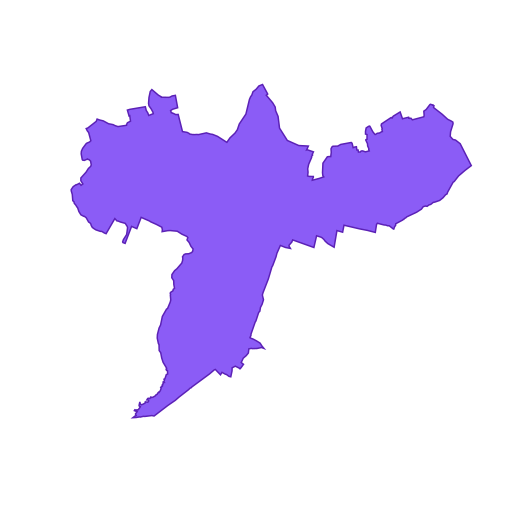 Bogdand, Satu Mare, Romania (orthographic projection), rotated 281°
{"feature_id": "2599482B86952368934963", "entity_name": "Bogdand", "entity_type": "district", "adm_level": 2, "iso_a3": "ROU", "parent_name": "Romania", "parent_adm1": "Satu Mare", "projection": "orthographic", "projection_center": [22.927, 47.421], "detail": "fine", "context": "isolated", "style": "filled", "palette": "violet", "viewbox_px": 512, "rotation_deg": 281, "n_neighbors": 0, "source": "geoboundaries", "source_scale": "gbopen_adm2", "svg_char_len": 6053}
<svg xmlns="http://www.w3.org/2000/svg" viewBox="0 0 512 512"><g transform="rotate(281 256 256)"><path d="M430.6,411.8L435.6,402.0L437.5,402.0L437.6,400.8L438.0,400.9L438.2,398.2L437.6,397.7L432.3,395.1L430.2,393.1L426.2,394.2L424.7,394.2L419.5,383.5L420.8,381.8L420.4,380.7L420.6,380.5L420.4,379.7L421.3,379.3L418.7,373.6L424.9,370.0L419.5,364.1L418.5,363.6L417.6,363.5L417.4,362.7L417.7,362.3L417.4,361.9L409.6,354.0L408.1,353.9L405.1,355.6L404.5,355.4L402.3,356.3L402.1,355.7L400.3,353.8L399.6,351.6L398.1,350.1L398.0,349.7L398.4,349.1L400.2,347.0L405.1,343.0L405.2,342.6L404.7,341.7L402.7,339.7L399.3,339.7L396.6,340.2L396.4,341.8L391.8,342.7L391.2,341.7L390.8,341.6L387.5,344.0L385.3,344.6L383.0,346.2L381.9,346.4L380.8,347.1L379.1,343.5L379.5,340.8L379.4,339.9L378.9,339.0L378.0,338.5L377.6,336.7L379.5,336.0L379.3,334.8L382.4,333.7L381.8,332.1L380.9,330.7L385.0,328.8L385.6,327.8L381.7,317.9L379.5,315.3L378.4,310.5L377.5,309.7L375.5,309.2L372.0,310.1L367.8,310.4L367.6,308.8L367.0,307.1L359.9,304.0L350.4,305.4L347.6,306.3L346.6,307.4L344.3,303.4L341.1,296.8L342.6,296.8L344.1,297.3L345.0,297.1L344.3,293.2L344.4,291.4L348.2,291.1L351.5,290.1L356.1,290.2L363.4,291.8L364.2,291.5L365.9,292.3L366.4,291.8L369.2,292.5L370.1,285.8L369.9,285.5L373.9,286.4L372.6,276.9L375.4,264.7L386.0,254.7L397.3,251.0L402.3,247.6L405.9,246.4L409.6,243.1L415.8,235.4L417.2,236.6L425.6,229.7L423.5,226.4L419.7,224.3L416.7,221.7L413.2,221.2L411.2,220.3L408.6,219.7L393.4,219.0L382.4,214.4L376.4,213.6L372.6,211.9L367.0,207.9L362.0,205.7L366.1,195.4L367.1,190.2L367.0,188.1L367.4,183.8L364.2,176.4L364.0,174.6L363.5,172.8L363.1,170.4L363.1,167.6L363.7,166.6L364.2,164.7L364.1,160.1L380.1,152.6L379.5,150.2L380.3,147.3L380.2,146.8L380.7,145.9L380.5,145.5L382.4,144.4L384.1,146.1L386.6,150.8L398.3,146.2L397.1,143.1L395.6,141.3L395.1,140.2L393.8,132.9L394.1,132.9L395.2,129.6L399.5,122.0L397.3,120.8L391.2,120.7L385.3,121.4L383.0,122.3L380.3,125.1L377.5,127.4L376.1,128.0L373.5,123.9L375.8,122.5L377.9,120.5L381.4,118.9L375.9,104.2L374.7,101.9L369.2,104.7L369.6,105.3L364.4,107.1L362.3,104.4L360.6,103.9L359.6,104.0L356.7,95.8L357.1,92.7L357.7,90.6L357.7,86.0L359.5,80.3L359.7,76.3L360.1,73.9L357.7,73.5L349.5,66.4L348.7,65.0L346.8,66.4L345.2,68.2L337.6,71.9L336.1,70.8L334.5,68.4L333.8,67.8L328.6,65.3L325.5,64.6L322.9,64.9L317.4,67.1L317.0,67.6L317.1,69.3L319.1,72.1L318.7,72.7L318.8,73.7L317.6,75.5L314.0,76.9L312.4,76.6L310.0,74.8L305.9,73.2L299.2,69.2L296.5,69.7L293.7,72.3L292.0,70.8L293.7,68.8L291.6,66.2L291.7,65.8L289.2,63.3L285.9,61.9L284.7,62.2L281.4,63.9L275.3,65.6L274.6,66.9L273.0,67.6L271.6,69.4L269.9,70.9L269.5,71.6L265.8,73.7L263.0,76.3L262.1,79.3L262.2,79.9L261.2,82.0L257.4,85.2L257.0,86.4L256.0,87.7L254.4,88.5L252.8,89.9L251.9,91.8L251.1,93.9L250.5,98.4L250.7,100.0L249.7,102.6L249.3,104.6L265.8,110.3L263.9,112.8L264.0,114.0L263.5,116.3L263.1,121.4L260.5,123.9L259.4,124.5L254.8,124.8L252.3,124.9L246.8,122.7L244.4,122.4L243.8,122.8L243.4,125.1L261.3,128.2L260.1,133.8L272.0,135.9L270.0,144.9L269.5,145.9L268.0,152.3L266.3,158.0L263.9,159.1L262.0,159.2L264.0,164.4L264.6,166.8L265.3,174.0L263.3,179.0L262.0,184.4L261.1,185.6L258.6,185.2L256.5,187.8L253.1,190.3L250.9,192.9L248.3,192.9L247.0,192.0L245.4,189.6L244.6,186.4L243.7,185.1L241.1,184.0L240.2,184.5L237.6,184.8L234.9,184.5L228.4,180.8L226.1,178.9L221.8,177.0L218.6,177.5L216.1,179.9L212.3,180.8L208.7,182.2L207.5,181.1L206.0,181.1L203.9,179.0L202.7,179.0L201.9,179.5L201.2,179.4L196.6,180.7L194.4,180.6L187.6,179.2L186.8,178.3L178.8,175.6L170.1,175.5L166.8,174.6L160.1,174.2L156.6,174.7L151.4,176.9L150.5,177.7L144.7,179.0L142.9,180.9L137.9,182.9L133.9,185.1L128.9,189.6L127.9,189.8L127.7,189.4L127.1,189.6L126.6,190.2L126.5,191.0L123.3,191.8L122.5,190.6L118.1,190.0L117.5,189.2L116.9,189.8L115.3,189.7L114.8,189.1L114.3,189.9L114.0,189.0L113.0,189.2L112.2,188.8L111.8,189.0L111.3,188.5L110.6,189.0L109.8,188.6L109.7,188.0L108.6,187.6L108.4,188.0L107.7,188.1L105.7,187.8L104.3,187.2L103.9,186.5L103.4,186.7L102.9,185.8L101.3,185.3L100.6,184.3L99.6,183.9L97.9,182.0L97.5,181.4L97.4,179.6L96.7,179.8L96.1,178.8L95.8,179.5L95.8,177.3L95.3,176.8L93.9,176.3L94.1,177.5L93.3,178.3L91.8,177.7L91.7,174.5L91.6,175.1L91.1,175.4L90.4,175.1L88.9,173.3L88.2,172.0L88.4,170.8L90.6,169.8L87.0,169.7L86.1,170.3L86.2,171.2L85.4,171.1L82.6,169.7L81.8,167.1L82.0,166.5L81.7,166.3L81.0,166.1L80.7,167.9L80.8,168.9L80.7,169.1L77.9,167.8L76.6,168.8L76.2,168.1L73.8,166.0L74.6,169.2L75.8,172.3L75.8,173.1L77.1,176.0L77.3,177.5L79.5,184.2L79.5,186.5L92.6,198.1L98.9,204.3L103.0,207.5L111.8,215.2L113.9,216.7L114.2,217.4L115.3,218.1L131.4,232.9L136.4,236.9L136.9,237.7L132.6,243.8L135.3,244.8L134.1,248.5L134.1,249.5L132.7,252.4L132.6,254.3L138.6,254.4L141.7,253.9L143.9,256.7L142.8,260.7L142.2,261.8L143.4,262.6L147.1,264.3L147.3,264.4L148.6,261.8L153.3,263.0L156.3,265.4L159.3,267.0L163.5,266.7L164.4,269.0L164.4,270.2L165.4,274.6L167.2,278.9L166.8,281.4L168.6,279.2L171.3,276.6L172.8,272.6L173.9,269.1L174.5,265.8L174.8,265.6L177.0,266.2L178.4,266.0L191.0,267.8L192.2,268.3L201.1,269.4L202.5,270.3L206.4,270.2L209.8,271.2L214.5,271.7L218.4,269.9L219.4,269.7L221.4,269.9L235.9,272.5L248.4,273.7L249.6,274.2L259.0,275.8L262.6,276.0L271.0,277.9L270.0,283.3L270.0,288.3L271.9,286.6L272.9,286.4L276.5,288.5L278.8,288.9L275.4,311.2L287.4,311.6L286.9,316.2L286.5,317.4L285.2,319.5L283.8,321.0L281.9,324.1L279.5,331.0L296.4,330.6L295.9,336.5L303.0,336.5L302.4,352.5L302.4,360.4L301.9,368.6L309.9,368.3L311.3,368.9L310.9,375.8L311.1,377.5L310.8,379.4L311.1,381.0L308.7,385.7L308.7,386.1L311.3,386.5L312.6,387.2L314.3,387.0L319.2,393.0L319.9,393.5L320.1,394.1L321.1,394.5L322.1,395.8L323.1,396.4L329.7,405.4L332.2,408.0L333.5,409.4L336.4,410.8L337.4,412.9L337.4,414.5L339.1,416.0L340.0,417.7L342.5,419.8L343.0,421.2L345.6,425.7L348.9,428.5L352.3,430.4L353.4,431.7L355.2,431.9L366.0,435.4L367.0,436.4L373.3,439.6L380.1,445.0L385.8,450.1L405.2,435.0L407.9,429.7L408.0,427.0L410.5,423.8L415.1,423.3L423.4,424.2L425.0,423.7L425.7,422.0L426.8,418.0L430.6,411.8Z" fill="#8b5cf6" stroke="#5b21b6" stroke-width="1.5"/></g></svg>